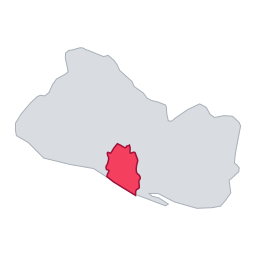 La Paz highlighted on a map of El Salvador
{"feature_id": "SLV-1347", "entity_name": "La Paz", "entity_type": "Department", "adm_level": 1, "iso_a3": "SLV", "parent_name": "El Salvador", "parent_adm1": "", "projection": "equal_earth", "projection_center": [-88.936, 13.47], "detail": "fine", "context": "in_parent", "style": "filled", "palette": "rose", "viewbox_px": 256, "rotation_deg": 0, "n_neighbors": 0, "source": "natural_earth", "source_scale": "10m", "svg_char_len": 2444}
<svg xmlns="http://www.w3.org/2000/svg" viewBox="0 0 256 256"><path d="M85.5,49.6L87.8,50.2L103.6,56.6L108.2,55.4L114.2,60.6L117.1,64.7L119.6,70.3L132.0,81.5L134.1,86.5L143.4,93.1L147.1,98.2L151.1,100.3L158.8,102.3L165.5,105.0L166.3,106.8L166.9,114.4L168.3,120.8L171.5,121.2L175.3,118.1L187.8,109.5L199.6,103.9L206.2,107.3L210.1,114.4L214.6,117.5L224.0,115.6L232.4,116.2L239.1,122.4L240.6,126.0L236.6,146.7L235.1,155.5L234.4,163.0L236.8,164.9L239.2,167.8L238.7,171.8L231.4,178.5L229.1,180.2L230.8,192.9L225.4,200.6L220.4,206.2L211.7,207.7L196.9,208.3L174.6,202.0L158.1,193.5L149.2,193.4L152.0,196.2L159.1,198.0L168.3,204.1L165.6,205.8L132.1,193.2L93.4,168.5L70.2,164.5L43.8,158.1L28.1,142.4L16.4,135.7L15.4,129.8L15.5,123.2L20.8,114.4L30.8,102.6L37.4,96.5L40.5,95.3L44.8,95.9L49.0,92.5L52.6,84.4L56.4,79.1L65.9,73.8L68.1,71.7L67.3,67.2L65.3,58.3L65.6,52.9L68.7,50.4L72.4,49.9L80.2,47.7L83.5,48.1L85.5,49.6Z" fill="#d9dde1" stroke="#a8b0b8" stroke-width="1"/><path d="M135.5,195.4L113.5,181.9L106.8,176.5L107.1,175.3L107.3,174.6L108.1,172.9L108.2,172.6L108.3,172.4L108.8,171.6L109.0,171.1L109.0,170.7L108.6,170.3L107.7,169.8L107.2,169.7L106.8,169.6L106.6,169.6L106.3,169.1L106.0,167.0L106.2,166.0L106.4,165.7L107.1,164.7L107.6,163.4L108.4,160.3L108.6,158.9L108.7,158.0L108.5,157.4L107.8,155.7L107.5,154.7L107.3,153.6L107.4,153.0L107.5,152.6L107.7,152.4L108.0,152.4L108.3,152.4L108.5,152.4L110.1,153.1L110.3,153.1L110.6,153.2L111.1,152.7L113.9,148.0L117.4,143.7L121.5,145.7L123.1,146.9L124.9,147.6L125.2,147.6L125.7,147.5L125.8,147.5L126.1,147.3L126.2,147.1L126.4,146.5L126.6,146.2L126.8,146.1L127.0,146.0L128.2,145.8L128.7,145.6L129.4,145.1L130.1,147.5L130.1,149.6L130.0,151.8L130.1,152.6L130.3,153.2L130.6,153.2L130.9,153.2L131.2,153.1L133.4,152.2L133.8,152.2L134.2,152.3L135.0,152.6L135.2,153.1L137.6,159.6L137.6,159.9L137.7,160.3L137.7,161.1L137.5,161.8L136.8,164.4L136.8,164.7L136.7,165.0L136.6,165.4L136.6,165.6L136.2,168.4L136.2,169.0L136.4,171.2L136.5,172.0L136.6,172.5L137.2,173.4L137.8,174.0L138.6,174.6L139.3,175.4L139.9,176.5L140.1,177.1L140.2,177.7L140.2,178.1L140.0,178.8L140.0,179.1L139.8,179.4L139.3,180.0L139.1,180.2L139.0,180.4L138.9,180.8L138.9,181.2L138.9,181.6L139.3,186.7L139.3,187.5L139.1,187.7L139.0,188.0L138.8,188.2L138.6,188.4L137.7,189.0L137.0,189.3L136.6,189.6L136.3,190.0L136.1,190.3L136.0,190.5L135.9,190.8L135.8,191.2L135.7,191.5L135.5,195.3L135.5,195.4Z" fill="#f43f5e" stroke="#9f1239" stroke-width="1.5"/></svg>